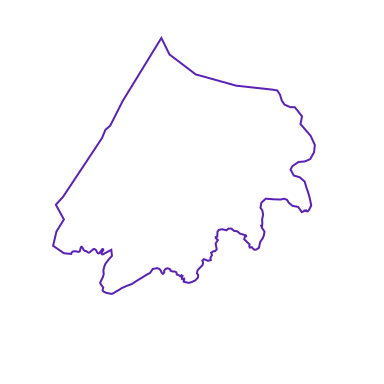 Bertie, North Carolina, United States of America (Albers equal-area conic projection), rotated 302°
{"feature_id": "52423323B7787272397887", "entity_name": "Bertie", "entity_type": "district", "adm_level": 2, "iso_a3": "USA", "parent_name": "United States of America", "parent_adm1": "North Carolina", "projection": "albers", "projection_center": [-77.103, 36.03], "detail": "fine", "context": "isolated", "style": "outline", "palette": "violet", "viewbox_px": 384, "rotation_deg": 302, "n_neighbors": 0, "source": "geoboundaries", "source_scale": "gbopen_adm2", "svg_char_len": 2919}
<svg xmlns="http://www.w3.org/2000/svg" viewBox="0 0 384 384"><g transform="rotate(302 192 192)"><path d="M318.4,234.2L316.1,230.6L315.1,224.3L317.0,219.8L321.2,215.0L323.3,210.5L321.6,206.3L305.6,173.2L293.7,132.8L296.7,100.0L306.4,84.4L232.4,85.0L204.9,87.5L198.9,85.6L190.0,87.1L119.4,85.2L109.2,83.3L108.8,83.7L100.9,97.9L86.6,98.0L72.8,102.7L72.2,115.9L75.5,122.4L76.8,122.0L78.2,122.4L79.1,123.2L80.2,125.0L80.9,127.2L81.3,127.7L82.1,128.2L82.5,128.2L86.4,127.0L86.9,127.2L87.1,127.5L87.0,128.0L86.6,128.9L85.8,130.2L85.3,131.2L85.3,131.7L85.3,132.4L85.8,133.5L85.8,134.1L85.7,135.4L85.7,136.2L86.0,136.7L86.4,137.1L91.4,138.7L91.9,139.4L92.0,140.4L91.9,141.1L91.5,142.0L90.7,143.3L90.4,143.9L90.3,144.5L90.4,145.3L91.0,145.8L92.6,146.0L94.3,146.1L95.1,146.0L95.8,146.1L96.3,146.4L96.4,146.8L96.2,147.3L95.8,147.5L95.0,147.5L94.1,147.5L93.3,147.5L92.0,147.8L91.6,148.2L91.5,148.9L91.8,149.4L92.5,149.8L100.2,154.2L95.4,158.0L92.0,157.3L85.5,156.6L82.0,157.2L78.5,158.4L75.7,160.6L72.7,161.5L66.6,162.1L65.8,162.8L63.9,167.4L61.3,168.2L60.7,169.3L60.7,169.5L60.8,171.0L61.0,172.6L61.6,174.2L62.3,176.1L63.1,178.0L64.9,179.2L65.6,179.6L67.3,180.3L70.5,182.1L73.0,183.2L78.1,186.6L82.3,189.9L87.4,192.2L92.7,194.9L97.1,197.0L101.2,199.3L106.0,199.5L107.4,201.2L108.9,202.6L109.5,205.4L108.8,207.1L107.3,209.3L107.1,210.7L109.0,211.1L110.5,210.1L112.7,210.3L114.2,211.5L114.6,212.7L114.9,214.6L113.8,215.5L114.4,217.9L115.4,219.3L115.6,221.3L114.0,222.8L114.3,224.8L114.7,226.1L114.5,225.9L114.3,226.7L114.8,226.9L115.9,227.3L115.8,228.4L114.9,228.1L113.0,229.6L113.8,230.4L114.4,231.2L113.4,232.0L112.8,231.6L111.5,232.7L111.9,233.7L113.2,237.4L115.6,239.6L118.9,241.7L122.6,242.4L124.9,241.2L125.6,239.3L128.5,238.2L131.8,238.8L135.5,239.7L137.9,238.9L139.2,237.2L141.3,237.6L141.7,239.5L142.1,242.0L144.2,244.0L145.9,242.6L149.2,242.3L150.7,240.4L153.1,241.6L154.0,242.9L156.3,243.4L157.7,242.2L160.6,239.5L162.5,239.3L165.0,239.4L165.5,236.7L166.3,236.0L167.5,237.1L171.7,234.7L174.1,234.8L176.4,237.3L177.8,241.5L180.3,242.3L181.8,244.8L181.3,248.3L182.7,251.2L182.1,254.6L183.2,258.7L183.8,260.5L183.1,261.4L182.1,260.5L179.5,261.4L179.0,264.1L178.1,268.6L176.3,269.3L175.5,270.5L176.9,271.9L176.0,275.0L176.9,276.8L180.1,278.3L185.9,276.3L190.2,276.5L193.5,275.9L196.9,274.4L198.5,270.6L200.0,268.7L200.4,269.4L203.3,267.9L205.7,266.1L210.7,264.2L213.7,261.3L214.9,258.4L219.8,256.5L225.4,258.1L229.3,265.5L232.6,271.2L235.1,273.6L235.7,276.7L234.3,279.5L233.5,284.5L235.6,289.9L233.9,293.9L233.1,295.6L234.6,296.8L235.8,297.1L236.7,298.2L236.1,298.5L236.9,300.4L238.8,300.7L243.7,300.3L249.1,295.2L253.5,290.3L256.2,286.9L260.5,282.1L261.6,275.6L259.9,269.6L263.2,263.7L267.1,263.4L273.9,266.4L277.4,271.1L278.2,271.8L278.6,272.1L282.5,274.8L289.7,274.5L290.1,274.5L290.3,274.4L290.7,274.3L296.9,271.3L302.5,262.9L307.1,248.0L314.5,245.2L318.4,234.2Z" fill="none" stroke="#5b21b6" stroke-width="2"/></g></svg>